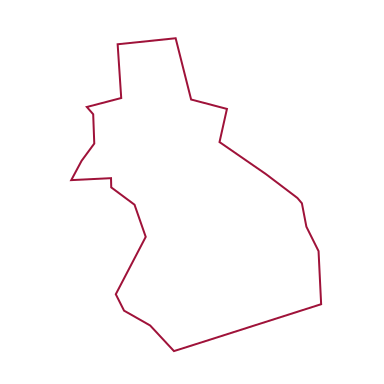 Portsmouth, Virginia, United States of America (Mercator projection), rotated 353°
{"feature_id": "52423323B65063199058226", "entity_name": "Portsmouth", "entity_type": "district", "adm_level": 2, "iso_a3": "USA", "parent_name": "United States of America", "parent_adm1": "Virginia", "projection": "mercator", "projection_center": [-76.365, 36.855], "detail": "fine", "context": "isolated", "style": "outline", "palette": "rose", "viewbox_px": 384, "rotation_deg": 353, "n_neighbors": 0, "source": "geoboundaries", "source_scale": "gbopen_adm2", "svg_char_len": 494}
<svg xmlns="http://www.w3.org/2000/svg" viewBox="0 0 384 384"><g transform="rotate(353 192 192)"><path d="M73.6,165.5L113.3,168.4L112.4,177.6L133.4,197.6L140.6,230.9L103.9,284.2L110.1,301.5L134.2,319.4L154.7,347.7L176.2,343.7L306.5,319.1L310.4,266.1L301.3,240.4L299.7,216.6L295.9,210.8L267.6,183.3L225.4,145.8L231.2,129.5L236.8,113.8L202.4,100.1L194.5,37.4L136.2,36.3L133.2,90.1L98.0,94.8L103.4,102.8L100.9,132.0L86.2,147.6L73.6,165.5Z" fill="none" stroke="#9f1239" stroke-width="2"/></g></svg>